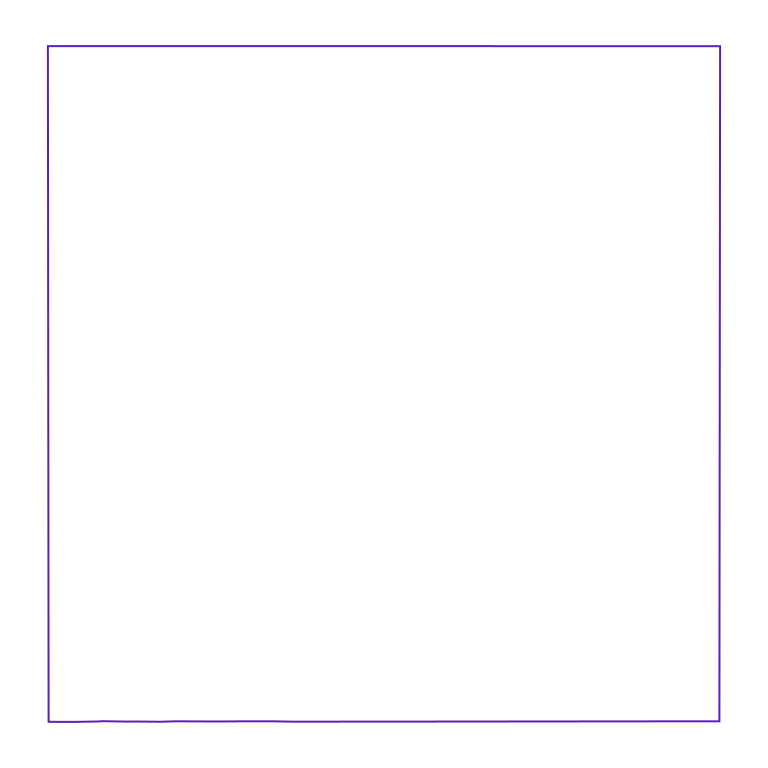 Webster, Nebraska, United States of America (Mercator projection)
{"feature_id": "52423323B11090231595131", "entity_name": "Webster", "entity_type": "district", "adm_level": 2, "iso_a3": "USA", "parent_name": "United States of America", "parent_adm1": "Nebraska", "projection": "mercator", "projection_center": [-98.589, 40.176], "detail": "fine", "context": "isolated", "style": "outline", "palette": "violet", "viewbox_px": 768, "rotation_deg": 0, "n_neighbors": 0, "source": "geoboundaries", "source_scale": "gbopen_adm2", "svg_char_len": 406}
<svg xmlns="http://www.w3.org/2000/svg" viewBox="0 0 768 768"><path d="M377.7,721.6L398.3,721.6L719.4,721.3L720.1,46.2L713.4,46.2L52.2,46.1L47.9,46.1L48.6,721.8L72.3,721.9L97.9,721.5L100.4,721.3L102.1,721.2L128.0,721.6L132.6,721.5L156.2,721.7L158.2,721.8L175.6,721.3L215.6,721.5L245.9,721.3L272.8,721.3L294.5,721.7L320.3,721.7L350.1,721.6L377.7,721.6Z" fill="none" stroke="#5b21b6" stroke-width="2"/></svg>